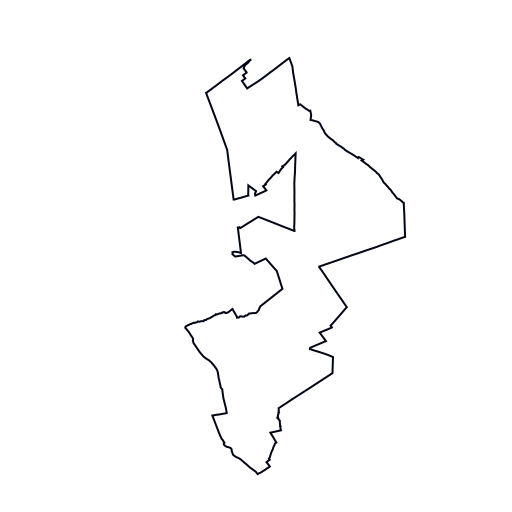 Mazapiltepec de Juárez, Puebla, Mexico (Mercator projection), rotated 30°
{"feature_id": "50627088B71647640218880", "entity_name": "Mazapiltepec de Juárez", "entity_type": "district", "adm_level": 2, "iso_a3": "MEX", "parent_name": "Mexico", "parent_adm1": "Puebla", "projection": "mercator", "projection_center": [-97.694, 19.145], "detail": "fine", "context": "isolated", "style": "outline", "palette": "ink", "viewbox_px": 512, "rotation_deg": 30, "n_neighbors": 0, "source": "geoboundaries", "source_scale": "gbopen_adm2", "svg_char_len": 6071}
<svg xmlns="http://www.w3.org/2000/svg" viewBox="0 0 512 512"><g transform="rotate(30 256 256)"><path d="M300.7,119.0L295.5,118.9L295.0,119.7L295.2,120.2L289.5,119.8L283.6,119.8L279.7,119.6L278.9,119.2L276.3,119.0L275.2,118.8L273.8,118.8L272.0,118.8L270.5,118.7L269.8,118.7L269.5,118.7L269.3,118.6L268.8,118.2L267.4,118.1L267.0,118.1L265.9,117.6L265.4,117.6L264.8,117.3L264.4,117.2L263.7,117.3L259.2,116.7L258.3,116.5L257.0,116.1L255.3,115.5L254.1,115.1L252.1,113.5L249.6,112.3L245.6,109.6L244.6,109.2L243.1,108.8L237.2,110.2L235.2,110.9L233.4,106.5L230.4,103.0L229.5,103.7L226.4,103.5L224.9,103.5L218.4,102.5L217.3,104.3L210.2,95.5L209.8,95.1L206.7,91.0L202.1,85.4L198.4,81.0L196.2,78.3L192.6,73.5L185.9,67.9L184.0,72.1L177.7,87.3L176.5,89.9L175.4,92.7L173.6,96.8L172.8,98.8L171.0,102.7L168.5,107.6L167.7,109.2L166.8,110.9L165.3,113.7L164.6,115.3L160.6,113.5L160.7,113.4L156.3,111.4L158.0,107.6L154.4,106.0L156.2,101.8L156.1,101.7L151.4,99.7L151.1,96.0L151.7,94.6L152.6,92.1L152.6,91.4L152.6,90.6L153.2,89.0L152.9,88.9L143.2,112.3L139.0,121.7L135.7,129.7L135.6,129.8L131.6,139.1L131.2,139.7L158.0,161.7L176.4,177.2L177.9,178.4L183.7,186.1L208.4,218.3L209.2,217.8L212.2,214.6L213.3,213.6L215.4,211.4L217.6,209.1L219.1,207.5L218.9,207.4L214.1,198.7L223.7,199.8L223.9,202.6L225.2,204.0L231.7,194.8L232.2,194.0L227.3,192.0L228.7,189.2L228.1,189.0L228.9,183.9L229.2,182.6L229.4,182.0L229.6,181.3L229.8,180.0L230.0,179.3L230.1,178.0L230.6,176.7L231.0,175.5L231.2,174.3L231.7,172.8L234.0,172.9L234.2,168.6L235.0,165.4L234.0,165.2L235.2,163.1L235.9,160.6L236.6,156.8L236.9,155.2L237.2,154.4L237.5,152.8L239.0,147.3L242.6,154.1L244.1,157.0L248.3,164.8L250.0,168.4L252.7,173.6L255.1,177.7L255.9,179.0L257.8,182.2L258.9,184.2L259.3,184.9L261.8,189.2L261.8,189.3L262.9,191.0L264.0,192.8L264.8,194.3L265.1,194.8L266.6,197.5L267.6,199.0L272.8,208.4L273.3,209.3L274.4,211.5L275.6,213.5L275.8,213.5L276.8,215.1L276.6,215.2L274.8,215.4L264.0,217.1L258.3,217.9L238.5,220.9L237.3,223.0L234.5,228.3L233.5,230.1L231.9,233.1L230.8,235.3L228.3,239.8L227.2,239.4L226.0,240.4L241.5,260.9L239.0,261.5L236.8,262.3L235.0,263.2L233.7,264.5L234.6,265.6L234.7,266.2L238.2,266.9L242.1,263.8L243.2,262.8L245.1,261.4L247.3,261.6L252.3,262.6L253.0,262.8L253.5,262.9L257.2,263.1L258.7,263.5L265.7,253.3L273.1,255.8L278.1,257.5L281.5,258.6L295.3,271.2L284.9,297.4L285.1,299.9L285.4,301.5L285.0,304.0L284.5,305.3L283.7,306.0L282.4,306.6L278.6,309.5L278.6,310.2L278.4,310.5L278.4,311.0L278.1,311.7L277.6,312.3L277.1,312.4L276.6,312.9L276.4,313.2L276.4,313.5L276.3,314.1L276.0,314.5L275.6,314.7L275.4,314.9L274.5,315.3L273.7,315.5L272.4,316.2L272.2,316.5L272.2,317.0L272.1,317.5L271.9,317.8L271.7,317.8L271.6,318.0L271.0,318.4L270.4,318.9L269.7,318.1L266.5,316.2L262.1,313.7L261.9,314.0L260.4,317.9L259.9,318.9L259.5,319.4L258.4,320.5L258.0,320.7L257.6,320.6L257.0,320.3L256.5,320.5L256.2,320.8L255.8,320.9L255.5,321.2L255.3,322.0L255.1,322.2L254.6,322.3L254.4,322.7L254.3,323.2L254.0,323.5L253.0,324.1L251.9,325.6L251.4,326.2L251.1,326.3L250.7,326.3L250.3,326.5L250.4,327.2L250.3,327.6L249.5,328.4L248.1,331.0L247.4,332.4L247.1,332.7L246.4,333.8L245.9,334.2L245.3,334.9L244.9,335.8L244.7,336.5L243.6,337.0L243.3,337.3L243.3,338.0L243.2,338.7L242.7,339.0L241.1,339.9L240.5,340.4L240.2,340.9L239.9,341.2L239.3,341.5L238.8,341.6L238.4,341.7L238.2,342.0L238.1,342.5L237.9,343.1L236.8,343.9L236.4,344.6L235.5,344.8L234.9,345.7L234.5,346.1L234.2,346.7L233.9,347.2L233.4,347.6L232.9,348.1L232.6,348.9L231.7,349.8L230.3,352.4L230.6,353.5L232.4,354.1L236.2,355.6L240.2,357.7L242.3,358.7L242.9,359.0L243.6,360.7L245.3,362.5L246.4,363.1L249.0,364.3L254.9,367.2L260.6,369.3L264.2,369.8L264.4,369.8L264.6,369.8L266.3,369.8L267.6,369.9L268.1,370.0L270.2,370.4L273.0,371.4L274.7,372.0L277.6,373.3L279.0,374.0L280.1,374.9L281.8,376.6L282.4,377.5L283.3,378.5L284.3,380.0L285.4,381.1L286.1,381.8L287.0,382.8L287.8,383.7L288.8,384.8L289.7,385.7L291.2,387.6L293.5,388.4L295.4,391.0L298.6,395.1L299.2,395.8L306.0,402.8L309.2,406.7L302.1,412.7L301.8,412.7L300.4,413.9L298.0,416.0L311.2,426.7L315.4,430.0L316.0,430.3L317.6,431.5L319.2,432.0L320.3,432.6L320.8,433.1L321.5,433.2L322.0,433.5L322.1,433.8L321.9,434.4L322.1,434.9L322.3,435.3L323.2,435.6L324.6,435.9L326.6,435.8L327.7,435.3L329.9,435.0L331.0,435.2L331.7,435.9L332.4,437.0L333.4,437.8L334.5,438.8L335.5,439.6L338.1,440.0L340.1,440.0L341.6,439.7L343.4,439.8L344.4,439.7L345.6,440.1L347.2,440.3L349.3,440.8L351.0,441.0L356.5,442.2L363.6,442.9L366.5,444.1L367.2,442.8L367.5,442.3L368.0,441.8L368.2,441.5L369.0,440.0L369.7,438.4L370.1,437.9L371.1,436.0L371.5,434.8L372.8,432.6L373.2,431.3L368.2,429.3L368.7,428.0L369.2,426.9L369.7,425.5L368.5,425.1L368.6,423.6L368.2,421.7L367.8,420.1L367.2,416.7L367.3,415.6L366.5,411.9L366.6,411.3L366.6,410.6L366.1,409.0L366.9,407.4L365.1,406.4L360.8,403.9L358.3,402.7L356.8,401.8L364.8,394.5L363.9,393.7L363.4,393.0L362.8,392.3L362.5,391.2L361.8,391.2L360.9,389.6L360.1,388.6L359.7,387.8L359.3,387.3L359.0,386.8L358.5,386.5L357.9,386.4L357.5,386.2L357.1,386.1L357.0,385.8L356.0,385.5L355.9,385.5L356.1,385.2L355.2,384.7L355.2,383.8L354.6,383.0L354.4,381.7L354.1,380.9L353.7,380.4L354.1,380.0L353.4,379.3L353.3,379.0L351.7,376.5L359.5,360.9L369.3,341.9L380.8,319.2L373.2,305.0L367.2,305.8L361.6,306.9L349.3,309.7L348.8,308.4L359.1,294.7L349.4,290.5L355.4,282.8L357.4,280.0L355.4,278.9L356.0,276.7L360.2,254.9L335.8,243.3L322.2,236.7L316.1,233.9L316.0,233.6L329.9,217.6L333.4,213.5L336.1,210.5L336.9,209.5L338.7,207.4L344.0,201.5L344.8,200.5L349.3,195.3L352.8,191.4L356.3,187.4L358.9,184.2L363.3,179.1L368.5,172.9L370.2,171.0L374.5,166.0L375.6,164.9L372.8,160.5L363.7,145.9L357.3,136.0L356.6,136.2L355.5,135.9L354.5,135.6L351.7,135.2L350.6,135.4L349.5,135.6L348.4,135.2L345.0,133.7L342.1,132.7L339.4,131.3L337.2,130.9L335.6,130.1L334.8,130.0L331.8,128.9L330.2,128.6L329.1,128.1L327.6,127.1L326.7,126.5L324.3,125.4L322.3,124.3L320.4,123.8L319.2,123.7L318.1,123.2L317.4,123.1L316.0,122.8L310.5,122.0L307.6,121.3L305.6,121.2L304.5,121.0L301.9,120.7L300.8,120.6L299.8,120.5L300.7,119.0Z" fill="none" stroke="#020617" stroke-width="2"/></g></svg>